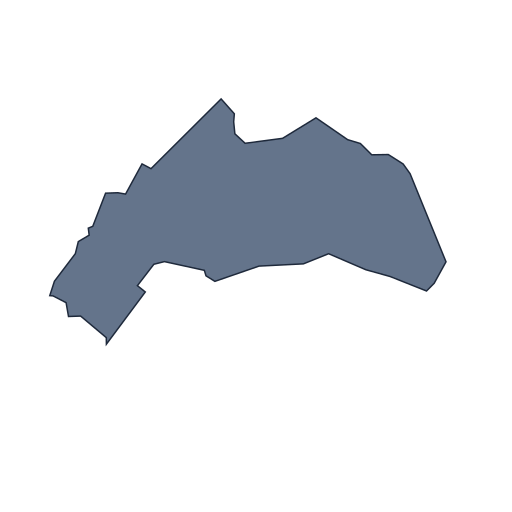 St. John the Baptist, Louisiana, United States of America, rotated 38°
{"feature_id": "52423323B25245708603821", "entity_name": "St. John the Baptist", "entity_type": "district", "adm_level": 2, "iso_a3": "USA", "parent_name": "United States of America", "parent_adm1": "Louisiana", "projection": "equal_earth", "projection_center": [-90.507, 30.091], "detail": "fine", "context": "isolated", "style": "filled", "palette": "slate", "viewbox_px": 512, "rotation_deg": 38, "n_neighbors": 0, "source": "geoboundaries", "source_scale": "gbopen_adm2", "svg_char_len": 754}
<svg xmlns="http://www.w3.org/2000/svg" viewBox="0 0 512 512"><g transform="rotate(38 256 256)"><path d="M117.9,414.2L120.6,412.4L135.1,409.7L145.5,419.1L154.8,411.3L188.3,412.5L192.4,417.6L190.9,352.5L180.8,352.4L180.6,325.4L187.3,316.8L224.1,299.1L228.8,302.4L239.2,301.3L264.6,262.1L298.2,233.0L311.8,209.5L351.0,199.2L374.3,189.6L411.9,178.6L413.2,167.8L409.3,143.6L360.6,115.7L326.8,96.3L315.3,92.9L297.8,94.6L284.9,105.0L269.0,103.1L256.6,107.9L218.2,110.2L204.5,146.9L178.0,173.9L164.1,172.7L155.8,164.0L151.4,157.3L131.8,153.7L126.4,196.8L119.5,251.8L109.5,253.6L115.1,287.5L108.2,291.2L98.8,299.1L109.1,333.1L106.7,337.3L111.7,342.3L107.1,354.0L112.2,365.4L112.7,400.0L117.9,414.2Z" fill="#64748b" stroke="#1e293b" stroke-width="1.5"/></g></svg>